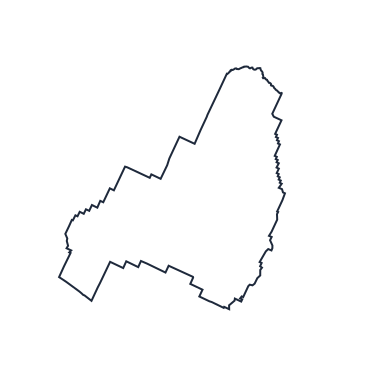 Douglas, Oregon, United States of America (Robinson projection), rotated 295°
{"feature_id": "52423323B99607099033776", "entity_name": "Douglas", "entity_type": "district", "adm_level": 2, "iso_a3": "USA", "parent_name": "United States of America", "parent_adm1": "Oregon", "projection": "robinson", "projection_center": [-122.676, 43.322], "detail": "fine", "context": "isolated", "style": "outline", "palette": "slate", "viewbox_px": 384, "rotation_deg": 295, "n_neighbors": 0, "source": "geoboundaries", "source_scale": "gbopen_adm2", "svg_char_len": 3246}
<svg xmlns="http://www.w3.org/2000/svg" viewBox="0 0 384 384"><g transform="rotate(295 192 192)"><path d="M113.5,275.9L113.5,282.9L115.9,282.9L115.9,280.6L118.4,281.2L118.4,282.8L130.5,282.8L132.4,283.5L133.0,286.3L135.4,287.5L141.5,287.6L145.2,289.1L150.2,286.8L153.0,287.4L153.5,285.1L157.1,285.1L157.1,282.9L169.4,284.0L172.5,285.2L172.6,288.7L175.0,288.6L177.5,287.5L181.3,283.1L184.9,283.2L184.8,280.3L189.8,280.9L202.9,280.9L205.3,279.7L207.8,278.4L210.3,278.5L210.3,277.4L215.2,277.4L222.7,277.4L230.1,276.8L230.1,274.6L232.6,272.4L232.5,268.9L237.4,269.8L237.5,267.6L239.9,267.6L239.9,265.3L242.4,265.3L242.4,263.1L244.9,263.0L244.9,260.8L249.9,260.8L249.9,258.3L254.7,258.5L254.7,256.1L257.2,256.2L257.2,254.0L259.7,254.0L259.7,251.7L272.3,251.6L272.3,249.4L274.8,249.3L274.8,247.1L277.3,247.1L277.3,244.8L279.8,244.8L279.8,242.8L294.8,242.8L294.8,241.2L294.8,237.1L294.8,234.3L296.8,231.7L299.7,231.7L304.1,231.7L309.2,231.7L318.5,231.7L320.3,231.4L319.9,231.3L319.6,231.0L318.9,230.8L318.6,229.9L318.8,229.2L318.9,228.5L319.3,228.1L319.3,227.6L319.5,227.1L319.9,226.3L319.9,225.4L320.2,224.4L320.6,223.9L320.7,223.5L320.8,223.1L320.9,222.8L321.2,222.2L321.9,221.5L322.2,220.8L322.3,220.3L322.2,219.6L322.1,219.4L322.0,219.2L321.9,219.0L322.1,218.6L322.2,218.4L322.4,218.4L322.7,218.2L323.2,217.9L323.5,217.7L323.6,217.2L323.7,216.7L323.8,216.3L323.5,215.8L323.5,215.5L323.8,215.0L324.2,214.5L324.6,213.7L324.8,213.1L325.4,212.6L325.4,212.2L325.4,211.8L325.3,211.6L325.3,211.3L325.6,210.7L325.8,210.5L326.1,210.0L325.9,209.6L325.4,208.7L325.2,208.4L325.4,208.1L325.5,208.2L325.8,208.2L326.2,208.1L326.9,207.8L327.4,207.3L328.1,206.9L328.5,206.6L328.5,206.3L328.7,205.9L329.3,205.7L329.7,205.7L330.2,205.4L330.4,205.1L330.8,204.6L331.1,203.8L331.3,203.3L331.7,202.8L332.5,202.0L333.1,201.6L332.9,200.9L332.4,200.1L331.7,198.8L329.9,198.0L329.4,197.2L329.2,196.6L329.2,195.8L329.5,195.1L330.0,194.5L330.3,194.2L330.1,193.7L329.6,193.1L328.8,192.6L328.5,191.9L328.7,191.0L329.2,189.9L329.0,189.2L328.8,188.4L328.4,187.7L327.6,186.2L327.1,185.8L326.9,185.9L326.4,185.3L326.1,184.9L325.4,184.4L324.6,183.6L323.5,182.8L323.1,182.5L322.8,181.7L322.4,180.7L322.7,180.2L322.7,179.8L322.5,179.5L322.1,178.8L321.6,178.6L321.0,178.2L319.9,177.4L319.5,176.8L319.6,176.4L319.1,176.0L318.8,175.6L318.3,175.5L317.9,175.9L317.6,175.8L317.4,175.7L316.9,175.2L315.5,174.9L314.3,174.3L313.9,174.2L313.5,173.9L313.6,173.6L296.2,173.6L268.5,173.4L266.2,173.6L251.8,173.6L236.8,174.0L236.8,157.3L212.8,157.3L205.8,158.2L190.7,158.0L190.8,147.7L187.0,147.7L187.0,122.9L186.7,120.6L160.5,120.5L160.6,116.0L145.2,115.9L145.2,112.6L137.8,112.8L137.9,106.8L131.5,106.8L131.5,103.2L126.5,103.1L126.6,98.6L121.6,98.5L121.6,96.2L116.0,96.0L115.9,94.9L109.0,95.0L100.5,94.9L97.2,98.6L94.7,99.2L90.9,102.4L88.0,102.1L88.0,107.2L85.4,106.3L85.4,107.7L70.5,107.4L58.7,107.5L57.4,116.1L54.2,132.1L53.5,134.7L52.7,137.1L52.9,138.1L50.9,146.9L65.7,146.9L70.5,147.1L94.1,147.3L94.0,161.8L101.4,161.7L101.2,175.0L107.9,174.9L108.1,181.7L107.8,202.0L115.3,202.0L115.5,228.7L114.9,229.2L108.0,229.3L107.9,242.8L100.4,242.8L100.3,254.0L100.6,256.3L100.4,269.7L101.5,269.7L101.5,275.2L105.0,273.5L111.5,276.5L113.5,275.9Z" fill="none" stroke="#1e293b" stroke-width="2"/></g></svg>